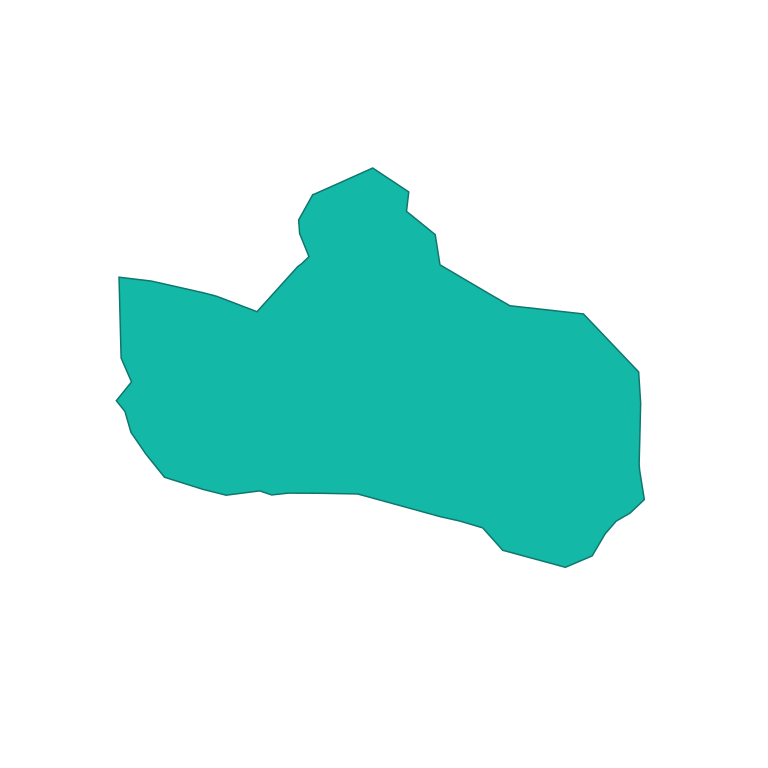 outline of O'lziit, Dundgovi, Mongolia, rotated 28°
{"feature_id": "93677404B68241634882173", "entity_name": "O'lziit", "entity_type": "district", "adm_level": 2, "iso_a3": "MNG", "parent_name": "Mongolia", "parent_adm1": "Dundgovi", "projection": "robinson", "projection_center": [106.642, 44.794], "detail": "fine", "context": "isolated", "style": "filled", "palette": "teal", "viewbox_px": 768, "rotation_deg": 28, "n_neighbors": 0, "source": "geoboundaries", "source_scale": "gbopen_adm2", "svg_char_len": 841}
<svg xmlns="http://www.w3.org/2000/svg" viewBox="0 0 768 768"><g transform="rotate(28 384 384)"><path d="M296.8,556.3L324.5,536.7L336.9,534.7L350.7,525.3L367.0,516.7L381.0,509.4L412.3,493.5L496.5,474.6L515.0,469.5L538.7,464.7L566.9,475.1L630.2,460.7L648.5,438.0L649.6,412.4L653.4,396.0L661.9,382.4L668.1,363.8L650.4,340.4L646.8,334.8L637.5,316.1L635.7,312.5L619.7,280.6L603.2,253.8L529.6,229.3L527.2,228.5L458.4,255.8L432.7,254.9L377.5,252.5L359.1,228.1L354.2,227.1L322.8,221.0L315.7,202.8L272.6,198.6L259.1,216.0L243.3,236.3L233.3,249.1L232.2,250.2L231.6,279.2L238.9,290.8L258.0,306.8L254.8,316.5L252.7,320.9L237.9,379.8L195.1,385.1L183.1,387.9L130.4,402.3L99.9,414.1L139.7,484.5L160.1,500.7L155.5,524.4L168.2,529.9L183.3,545.5L206.9,557.8L234.0,569.4L273.3,562.1L296.8,556.3Z" fill="#14b8a6" stroke="#0f766e" stroke-width="1.5"/></g></svg>